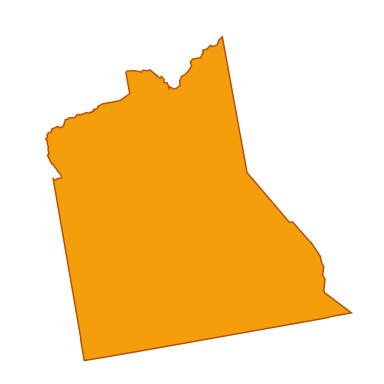 Graham, Arizona, United States of America, rotated 350°
{"feature_id": "52423323B31038299720868", "entity_name": "Graham", "entity_type": "district", "adm_level": 2, "iso_a3": "USA", "parent_name": "United States of America", "parent_adm1": "Arizona", "projection": "orthographic", "projection_center": [-110.126, 33.039], "detail": "fine", "context": "isolated", "style": "filled", "palette": "amber", "viewbox_px": 384, "rotation_deg": 350, "n_neighbors": 0, "source": "geoboundaries", "source_scale": "gbopen_adm2", "svg_char_len": 1988}
<svg xmlns="http://www.w3.org/2000/svg" viewBox="0 0 384 384"><g transform="rotate(350 192 192)"><path d="M57.6,154.8L57.4,204.0L57.4,204.6L57.1,317.1L56.7,318.4L56.6,339.3L77.4,339.5L113.6,339.6L304.9,339.3L306.0,338.8L328.0,338.7L305.0,314.1L305.0,310.8L307.9,300.8L306.2,296.7L308.8,288.4L307.4,284.2L307.2,277.7L300.8,263.0L299.3,261.0L285.8,238.9L282.7,238.8L249.6,182.5L248.8,44.4L244.9,47.1L242.3,51.6L236.9,52.3L236.0,50.8L230.8,54.1L227.4,54.1L227.1,56.9L223.7,61.2L215.9,61.2L212.9,63.7L213.6,67.0L211.1,70.8L205.4,75.3L201.7,76.3L199.2,80.6L198.7,85.0L194.6,87.3L191.2,87.0L188.0,84.2L187.3,85.8L186.6,80.2L183.4,79.3L184.1,76.4L181.9,72.9L180.3,74.4L171.6,64.3L169.5,65.1L164.7,63.5L163.2,65.2L155.7,62.3L148.7,61.7L147.7,63.0L147.7,76.4L147.8,84.3L136.6,89.6L132.6,89.6L132.0,89.6L122.7,89.7L119.1,89.7L114.0,91.4L114.0,92.4L113.0,93.5L111.7,93.6L111.3,93.8L110.5,93.8L110.2,93.4L109.1,94.2L109.4,94.8L109.1,95.4L108.2,95.2L107.5,95.9L106.5,96.1L106.1,95.6L105.4,95.8L105.1,96.5L103.7,96.2L103.0,95.8L101.4,95.3L100.7,95.9L99.6,95.9L97.5,96.3L95.5,96.8L93.6,96.0L92.6,95.7L91.2,96.9L89.7,98.1L88.1,98.6L86.9,98.1L85.6,97.9L83.8,97.6L82.3,98.7L80.8,98.7L79.5,99.0L79.5,100.2L78.4,101.2L78.3,102.3L77.8,103.4L77.4,103.4L76.9,104.5L75.7,105.5L74.3,105.6L73.8,105.9L71.9,104.9L71.1,104.1L70.3,104.1L69.8,104.7L68.0,105.0L66.2,105.5L65.5,105.4L64.8,105.9L64.2,107.1L64.0,108.1L63.3,108.8L62.6,108.5L61.6,108.5L60.3,109.2L59.0,110.9L59.1,112.1L59.1,112.6L59.0,113.2L58.1,113.6L57.2,114.3L57.6,115.4L58.1,116.1L58.5,117.3L58.0,118.3L57.9,119.3L58.1,120.8L58.2,122.1L58.2,123.8L57.5,125.2L57.7,126.4L57.7,127.6L57.7,128.7L57.9,129.0L57.6,130.0L56.9,130.2L56.0,130.7L56.1,131.5L56.5,131.6L56.8,132.8L56.5,133.7L57.2,134.3L57.7,136.2L57.7,137.5L58.7,138.5L58.6,139.7L59.7,140.8L60.2,141.6L62.5,145.9L63.5,148.5L65.9,152.5L66.3,154.2L66.0,155.1L64.7,155.5L63.5,155.4L61.9,155.5L60.6,156.3L58.5,156.1L57.8,155.0L57.6,154.8Z" fill="#f59e0b" stroke="#b45309" stroke-width="1.5"/></g></svg>